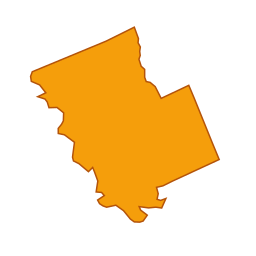 União da Serra, Rio Grande do Sul, Brazil, rotated 340°
{"feature_id": "56859067B42000345551352", "entity_name": "União da Serra", "entity_type": "district", "adm_level": 2, "iso_a3": "BRA", "parent_name": "Brazil", "parent_adm1": "Rio Grande do Sul", "projection": "orthographic", "projection_center": [-52.035, -28.776], "detail": "fine", "context": "isolated", "style": "filled", "palette": "amber", "viewbox_px": 256, "rotation_deg": 340, "n_neighbors": 0, "source": "geoboundaries", "source_scale": "gbopen_adm2", "svg_char_len": 962}
<svg xmlns="http://www.w3.org/2000/svg" viewBox="0 0 256 256"><g transform="rotate(340 128 128)"><path d="M132.3,214.7L139.5,207.2L133.9,207.2L130.9,204.9L133.9,200.1L134.5,193.5L141.0,194.3L151.7,193.1L202.9,188.8L202.1,170.2L200.4,122.7L199.7,108.7L169.3,111.5L167.7,98.4L164.4,92.7L161.0,90.6L161.0,86.1L163.7,78.6L161.5,74.5L161.8,67.1L164.3,64.0L165.2,60.0L167.3,56.1L166.6,51.3L168.4,47.6L168.4,35.4L137.0,38.9L57.3,42.4L54.1,46.2L53.1,51.1L59.7,57.3L62.8,66.8L53.9,67.7L59.9,72.4L61.0,75.9L60.7,81.9L68.3,84.4L72.7,91.7L69.7,99.2L66.8,101.8L62.3,104.5L60.6,109.3L65.9,112.6L72.8,123.1L65.9,136.4L65.5,140.3L69.7,144.7L75.9,155.5L81.3,153.0L81.5,157.6L81.5,167.5L78.8,172.4L76.2,177.2L81.1,179.5L82.6,183.4L74.8,185.3L75.4,189.4L77.9,192.7L80.8,195.1L90.2,196.4L95.5,204.1L99.1,214.4L101.8,218.4L106.9,220.5L110.4,220.6L116.3,216.5L111.8,209.5L111.6,205.7L120.0,210.1L127.0,211.9L132.3,214.7Z" fill="#f59e0b" stroke="#b45309" stroke-width="1.5"/></g></svg>